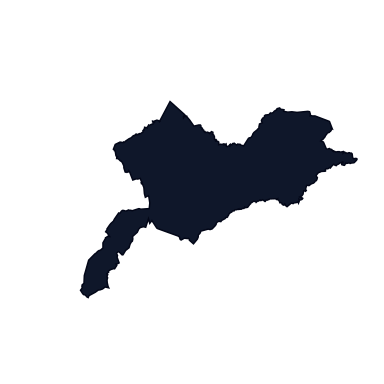 Tocumbo, Michoacán, Mexico, rotated 228°
{"feature_id": "50627088B68664204293005", "entity_name": "Tocumbo", "entity_type": "district", "adm_level": 2, "iso_a3": "MEX", "parent_name": "Mexico", "parent_adm1": "Michoacán", "projection": "equal_earth", "projection_center": [-102.6, 19.678], "detail": "fine", "context": "isolated", "style": "filled", "palette": "ink", "viewbox_px": 384, "rotation_deg": 228, "n_neighbors": 0, "source": "geoboundaries", "source_scale": "gbopen_adm2", "svg_char_len": 6111}
<svg xmlns="http://www.w3.org/2000/svg" viewBox="0 0 384 384"><g transform="rotate(228 192 192)"><path d="M196.7,309.0L197.0,307.1L196.7,305.3L198.0,302.8L198.3,302.9L198.0,301.0L200.1,298.0L200.1,296.8L199.4,296.2L199.2,294.9L199.6,294.0L199.0,292.0L198.5,291.2L196.4,290.6L197.4,287.7L195.6,285.3L194.5,284.3L194.8,283.4L194.6,281.9L194.8,277.8L194.3,275.7L193.8,275.3L193.1,272.9L193.3,271.6L193.9,270.9L194.1,269.9L191.7,261.3L193.9,259.8L195.5,259.6L195.8,258.8L197.0,258.2L197.0,256.6L199.9,256.0L199.7,255.7L200.8,254.6L200.3,253.2L200.7,252.8L201.8,252.7L201.9,251.6L200.9,251.3L200.6,250.7L201.9,249.9L202.1,248.6L202.9,248.1L204.8,249.4L204.8,248.2L205.1,248.0L205.6,248.5L206.1,248.1L205.9,247.4L206.6,247.6L207.3,246.1L208.6,245.0L209.3,243.5L211.2,245.3L212.4,245.1L213.8,243.8L214.3,244.9L215.1,244.9L215.6,244.0L216.1,243.9L218.1,245.7L219.9,246.3L221.2,245.9L221.6,246.9L222.5,247.5L223.9,246.8L223.6,245.1L223.7,244.2L224.6,244.4L225.1,243.8L225.9,243.8L227.4,241.6L228.2,242.1L228.8,241.4L230.3,242.1L231.8,241.3L232.1,242.2L233.0,242.3L234.3,241.6L234.9,242.8L236.1,243.1L237.2,242.0L239.7,237.5L247.0,238.4L250.4,238.5L251.7,238.0L251.8,238.8L253.0,238.3L252.7,235.3L253.9,236.3L254.4,238.3L273.9,236.2L266.5,216.0L266.0,215.7L266.0,214.8L267.0,215.1L268.9,214.0L270.3,210.4L271.0,210.1L270.4,209.6L269.0,210.5L269.0,208.7L268.6,208.4L269.0,207.4L269.4,207.3L270.1,204.8L270.8,204.6L270.1,202.7L270.2,202.2L269.6,201.5L270.2,201.3L270.9,200.2L271.2,200.5L271.8,200.1L270.9,199.1L270.8,198.2L270.1,197.6L270.5,197.0L270.4,196.5L269.4,196.0L269.8,192.7L270.4,192.3L270.9,191.0L270.4,190.9L271.1,189.7L272.1,189.4L271.8,188.4L272.2,187.8L272.5,188.1L272.5,186.6L273.1,186.2L273.0,183.0L273.7,180.9L274.3,176.5L274.2,174.8L275.0,174.6L274.9,173.8L277.3,171.9L276.9,171.2L277.0,170.3L277.7,170.4L278.7,166.8L276.4,162.2L275.1,162.6L274.7,162.0L273.8,162.3L269.7,159.7L268.1,160.1L268.3,159.5L267.3,158.4L266.8,159.0L265.4,159.5L262.8,159.6L262.3,160.1L260.5,159.9L257.0,158.8L255.5,157.5L251.6,155.7L251.1,156.0L251.3,156.6L250.1,156.8L249.9,157.9L250.2,158.6L249.5,158.3L249.3,159.3L240.5,156.0L239.2,159.2L237.9,160.4L236.7,162.7L234.0,161.5L232.8,161.5L233.0,160.5L231.9,160.0L231.5,160.7L227.5,159.2L222.6,155.5L219.3,153.8L218.5,157.1L217.3,156.7L212.1,153.3L208.3,149.1L213.6,142.3L214.6,141.9L215.3,141.2L218.1,135.0L219.5,134.2L219.8,133.5L221.1,132.9L222.0,130.1L224.1,128.8L224.9,127.9L225.0,126.6L224.4,124.4L225.5,123.5L223.7,116.0L222.9,114.1L222.9,110.6L222.5,108.3L221.5,104.3L221.1,104.4L220.2,101.2L218.3,101.6L214.0,101.0L215.5,99.6L215.6,98.8L215.4,98.4L215.9,97.2L215.5,96.9L213.8,91.8L210.0,88.4L210.0,85.6L210.2,84.5L210.7,83.8L211.0,81.8L210.7,80.4L211.0,78.4L210.5,69.6L202.0,56.1L196.5,50.7L196.4,47.9L195.6,47.7L195.3,46.8L194.2,46.4L193.6,43.4L189.3,42.7L188.0,42.9L187.0,43.8L184.3,43.7L183.0,44.2L183.9,46.1L182.2,53.1L181.8,56.9L180.9,58.0L179.8,60.6L179.5,63.9L176.5,66.0L178.1,66.5L181.3,68.3L183.5,70.0L184.7,71.9L186.0,71.9L186.1,72.6L187.0,73.4L186.9,74.0L188.3,74.1L188.2,76.4L189.1,76.8L189.2,77.1L188.7,79.8L187.4,82.6L186.7,83.1L187.8,87.0L189.3,87.3L188.6,88.3L188.1,90.4L193.7,92.7L194.7,94.2L196.6,94.7L197.2,95.7L196.8,97.7L192.0,98.0L192.0,98.9L191.6,99.0L193.0,103.5L192.7,107.9L194.6,110.9L195.4,113.2L195.4,114.8L196.7,116.6L199.2,118.4L198.7,118.3L198.7,124.4L200.1,127.6L200.2,129.8L198.7,132.7L196.8,134.0L201.3,141.8L197.0,139.6L197.6,143.1L188.8,141.7L187.7,142.0L168.6,152.2L167.2,152.6L164.6,151.5L163.6,151.8L162.8,155.4L160.4,157.5L160.0,158.4L159.2,158.6L158.0,157.8L152.5,158.4L153.4,164.5L154.4,166.5L155.9,168.0L155.9,169.9L156.3,171.2L157.1,172.2L153.6,179.2L152.0,180.3L151.1,182.3L151.4,186.6L151.8,187.1L151.6,187.9L152.5,189.1L152.8,190.6L152.3,192.3L150.7,193.6L151.0,195.2L150.1,198.8L150.5,199.8L149.7,201.1L149.7,201.9L150.2,202.5L150.2,203.4L150.8,204.2L151.0,206.7L150.5,208.1L150.9,209.5L149.8,210.5L150.1,211.9L148.9,213.4L148.2,215.5L147.8,215.1L146.1,217.4L146.1,218.3L145.0,219.7L145.5,221.1L144.6,221.2L143.4,223.1L144.2,227.0L144.0,227.5L144.6,229.3L144.1,229.7L144.0,231.5L142.3,232.9L141.4,232.7L141.4,234.9L140.7,235.4L140.6,237.3L139.5,237.4L139.0,239.4L137.9,239.3L137.2,240.1L136.3,239.8L136.0,240.1L136.4,241.7L135.4,242.8L135.4,243.6L134.9,244.1L134.9,245.1L131.3,249.4L130.8,249.8L130.0,249.7L129.7,251.2L129.1,250.5L127.5,251.0L125.1,250.1L124.4,251.1L123.8,251.3L122.6,250.8L121.2,251.1L120.9,251.4L121.2,253.0L120.2,252.9L119.8,252.4L117.5,252.8L117.3,258.4L115.7,259.4L115.7,260.4L114.3,262.5L113.7,264.2L112.5,263.7L113.3,265.4L115.0,266.6L113.8,266.9L113.4,267.4L112.9,268.9L113.1,270.0L113.5,270.1L116.2,268.8L115.6,270.9L116.0,272.9L118.2,275.8L117.7,276.4L116.6,276.7L116.6,277.6L116.7,278.0L117.6,278.0L118.7,279.1L120.2,281.6L120.0,282.0L118.5,283.2L118.2,286.2L117.3,288.3L117.3,289.7L117.7,291.0L117.3,291.7L117.6,293.0L118.8,294.8L120.4,294.9L121.3,295.5L121.8,299.0L121.3,299.9L120.7,301.9L118.3,304.9L118.3,305.4L119.3,305.8L119.5,307.0L119.4,307.6L118.8,307.9L118.2,309.0L118.0,310.9L117.3,310.9L117.7,313.2L117.8,315.9L116.0,316.2L115.0,317.0L115.3,318.1L114.7,319.6L114.6,321.6L114.0,322.3L113.7,324.0L113.0,324.3L112.8,323.6L113.2,322.2L112.1,321.6L110.0,322.9L109.8,323.3L110.6,325.5L109.8,326.0L108.4,328.4L107.4,328.6L106.8,330.0L105.7,331.4L105.3,332.2L105.5,335.3L105.8,336.4L106.5,336.8L107.4,336.2L108.6,334.3L110.1,334.4L113.1,336.5L114.2,336.5L114.8,335.6L115.6,335.5L116.2,334.9L116.8,333.3L117.5,333.1L118.4,332.0L119.1,332.3L120.1,331.8L119.9,330.5L120.9,331.4L122.2,329.1L123.5,328.4L124.7,327.0L125.5,325.6L126.6,325.3L127.1,324.4L127.9,324.8L128.4,324.0L130.0,324.3L131.6,323.3L132.4,323.2L133.3,321.2L134.2,320.7L141.2,323.1L143.8,321.8L143.9,323.1L143.5,324.3L144.0,327.7L144.6,329.0L144.8,330.6L145.3,332.1L144.5,333.8L144.7,334.8L144.4,335.4L144.9,337.2L146.2,337.9L145.0,338.5L152.3,341.3L152.8,341.2L166.2,334.3L168.0,332.3L169.1,331.7L169.5,330.8L170.8,332.1L173.0,333.1L174.4,332.1L180.9,323.3L184.8,319.9L187.3,316.6L190.6,314.1L191.6,315.4L194.3,313.2L195.8,313.4L197.0,311.0L196.4,309.4L196.7,309.0Z" fill="#0f172a" stroke="#020617" stroke-width="1.5"/></g></svg>